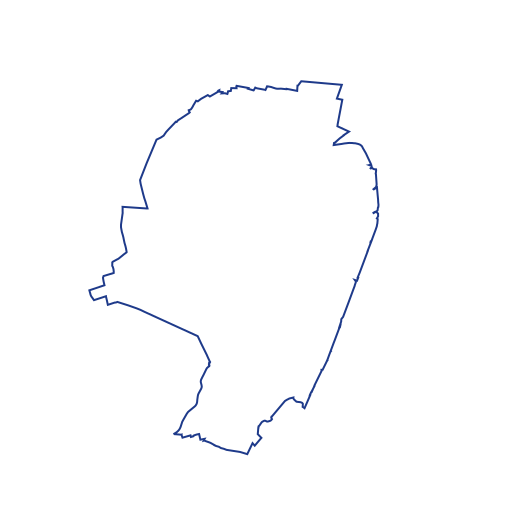 the district of Oisterwijk, Noord-Brabant, Netherlands, rotated 148°
{"feature_id": "6326949B32251552675078", "entity_name": "Oisterwijk", "entity_type": "district", "adm_level": 2, "iso_a3": "NLD", "parent_name": "Netherlands", "parent_adm1": "Noord-Brabant", "projection": "equal_earth", "projection_center": [5.215, 51.566], "detail": "fine", "context": "isolated", "style": "outline", "palette": "blue", "viewbox_px": 512, "rotation_deg": 148, "n_neighbors": 0, "source": "geoboundaries", "source_scale": "gbopen_adm2", "svg_char_len": 5785}
<svg xmlns="http://www.w3.org/2000/svg" viewBox="0 0 512 512"><g transform="rotate(148 256 256)"><path d="M397.7,127.0L397.6,126.9L397.3,126.4L396.4,125.2L394.7,123.1L393.6,121.6L390.9,116.7L391.0,116.7L390.6,116.1L388.6,113.9L387.5,111.7L385.5,109.6L383.7,107.2L373.5,98.4L372.6,97.4L370.4,94.9L368.4,92.6L358.1,99.1L357.6,95.8L349.2,98.5L347.8,98.9L348.9,104.0L345.0,109.2L344.9,109.1L344.2,109.9L343.9,110.3L343.2,110.3L339.5,111.9L338.6,112.1L337.0,112.0L336.2,111.9L335.9,111.7L335.6,111.5L335.3,111.2L334.5,109.9L334.3,109.7L333.8,109.4L333.2,109.2L331.7,108.8L331.2,108.7L330.4,108.7L329.7,108.9L328.9,109.2L328.8,110.5L328.7,110.5L328.6,110.8L328.4,111.1L328.1,111.5L327.9,111.6L327.5,111.5L308.3,117.7L306.0,117.7L304.0,117.5L303.3,117.5L299.3,116.2L299.8,115.6L299.8,115.0L299.7,113.9L298.9,111.0L298.6,110.8L298.2,110.4L295.8,108.5L295.0,107.5L294.7,107.0L294.6,106.4L294.6,105.8L295.1,105.1L296.4,103.3L296.0,102.6L295.5,101.2L284.0,109.1L284.3,109.3L284.1,109.5L281.5,111.2L281.3,111.0L281.1,111.0L280.8,111.2L279.3,112.2L279.4,112.3L275.7,114.5L275.8,114.6L275.4,114.9L274.8,115.4L274.3,115.7L261.6,123.6L261.4,123.7L261.1,124.1L261.0,124.4L261.0,124.5L260.8,124.8L260.2,124.4L259.8,124.2L253.2,128.3L251.8,129.2L251.3,129.4L251.4,129.5L250.2,130.3L245.6,133.9L243.7,135.3L243.4,135.4L243.5,135.5L235.7,141.5L234.2,142.6L223.0,151.2L222.9,151.1L222.4,151.5L222.3,151.4L221.9,151.8L221.5,152.2L222.2,152.2L219.1,154.8L218.5,155.3L217.3,157.0L217.0,157.3L214.4,158.2L201.2,168.3L191.0,176.2L188.1,178.4L187.9,178.7L185.2,180.9L184.8,181.7L184.9,183.3L183.4,181.5L180.9,183.4L181.3,183.8L176.8,187.0L158.7,200.9L158.8,201.0L157.9,201.7L150.3,207.4L151.1,207.5L150.9,207.7L150.1,207.6L140.6,214.9L138.5,216.6L137.8,217.2L136.4,218.8L136.0,219.1L134.7,220.8L133.5,222.4L133.3,222.7L133.2,223.0L133.6,223.8L131.4,225.0L130.0,227.3L130.6,229.8L131.1,230.0L133.5,230.1L133.5,230.4L131.9,230.4L130.1,230.0L129.3,230.1L128.7,230.3L126.8,232.6L126.3,232.7L125.0,234.5L123.9,236.8L122.5,239.3L120.3,243.7L117.1,250.0L120.8,250.1L120.9,250.4L119.5,250.6L117.4,250.9L117.1,251.4L116.4,252.0L115.7,252.9L110.9,261.9L110.9,262.2L110.8,262.3L110.7,262.6L110.6,262.8L110.4,262.9L110.1,263.2L108.6,265.2L108.3,265.9L109.6,266.8L110.1,267.4L110.5,268.1L110.7,268.7L110.8,269.5L111.5,269.4L112.2,269.4L112.3,269.7L111.9,269.8L110.5,270.6L110.1,271.9L110.9,272.5L111.5,272.7L111.8,273.1L111.0,272.8L109.8,273.2L109.7,273.8L109.1,279.0L108.4,284.7L108.2,290.7L108.0,292.9L108.2,293.6L108.3,294.1L108.7,295.1L109.2,295.9L110.1,297.0L112.1,299.0L113.4,299.9L114.5,300.8L116.6,302.2L117.8,302.9L119.1,303.5L121.6,304.7L123.9,305.6L131.3,308.9L129.9,310.5L129.4,310.3L128.0,310.5L128.0,310.4L125.6,310.9L122.5,311.4L120.2,311.6L117.6,311.8L117.6,312.0L111.2,312.2L118.2,322.9L116.9,324.5L100.0,342.8L104.0,346.6L92.5,355.7L125.0,380.2L130.5,378.1L130.7,378.3L133.6,374.2L138.7,379.0L141.4,381.5L141.6,381.2L141.8,381.3L145.9,384.5L149.5,386.7L150.2,387.3L150.6,387.7L151.9,389.2L153.6,391.3L156.2,393.7L156.4,393.8L156.5,393.7L156.8,394.0L158.7,392.6L159.2,392.3L159.5,392.1L160.0,391.8L160.2,392.1L166.1,397.5L166.6,398.0L167.0,398.6L167.4,399.2L170.2,397.7L170.3,397.7L174.2,402.1L173.4,402.5L182.3,410.6L182.7,410.3L182.8,410.2L182.7,409.9L182.8,409.8L183.0,409.5L183.4,409.3L183.4,409.2L183.5,408.8L183.6,408.6L188.0,411.5L189.9,409.3L192.4,410.5L193.8,409.1L194.4,408.6L196.1,410.5L198.8,412.0L198.5,412.1L197.5,412.8L199.8,414.6L199.6,415.0L200.0,415.5L199.9,415.7L199.6,415.9L199.4,416.1L200.3,416.2L201.2,415.9L201.4,415.4L210.6,415.7L211.6,418.0L219.2,418.4L223.4,418.0L224.5,419.4L229.6,416.8L229.8,416.6L230.0,416.5L231.5,415.7L232.9,415.1L233.5,414.9L234.1,414.9L235.8,415.3L236.0,414.8L236.1,413.9L236.1,412.9L237.4,412.7L250.4,412.4L252.3,411.7L252.9,412.4L254.9,411.8L263.2,409.7L266.4,408.8L269.2,407.6L270.5,407.0L274.0,406.9L278.7,407.4L299.5,392.7L314.1,381.8L315.4,378.8L315.8,377.7L318.8,368.5L320.1,364.2L320.9,360.8L322.8,353.8L323.2,354.0L343.1,368.4L343.3,368.0L345.8,364.0L346.3,363.1L347.0,362.3L353.8,354.2L354.5,353.1L355.2,352.0L355.7,350.8L357.0,347.5L357.9,344.3L358.6,342.1L359.8,338.9L360.6,336.7L361.4,333.8L362.2,331.4L363.6,327.9L363.8,327.7L367.5,327.4L368.8,327.2L373.8,326.6L375.1,326.6L375.3,326.7L380.6,327.0L381.0,326.9L381.4,326.6L381.7,326.0L383.1,323.9L383.2,323.3L383.2,322.6L383.4,321.9L383.8,320.5L384.2,319.6L385.0,318.0L385.7,317.0L395.9,319.8L397.1,318.8L397.2,318.7L397.3,318.6L398.0,317.0L398.8,315.0L400.0,311.5L415.5,315.2L416.6,311.5L416.8,311.0L417.0,309.9L417.1,308.7L417.0,308.2L416.8,304.4L404.6,301.4L404.7,301.2L406.0,297.3L407.2,294.0L407.5,293.1L400.6,291.4L400.3,291.3L399.5,290.8L397.9,290.5L390.5,281.8L385.0,274.9L382.5,271.5L380.0,267.5L347.9,218.9L348.9,210.6L350.2,197.6L350.3,197.3L351.1,191.2L351.1,190.4L351.6,190.1L351.8,190.4L351.9,190.5L352.1,190.5L352.4,190.2L352.4,189.9L352.6,189.7L352.9,189.5L353.1,189.4L353.2,189.1L353.4,188.9L353.3,188.4L353.4,188.0L353.6,187.9L353.9,187.9L354.1,187.8L354.1,187.7L354.2,187.3L355.1,187.3L356.2,187.1L356.8,187.0L357.9,186.5L363.8,182.8L365.7,181.7L368.1,180.2L368.5,179.8L369.0,179.3L369.5,178.6L369.8,177.9L370.6,175.3L370.9,174.7L371.2,174.0L371.8,173.3L372.8,172.5L377.6,169.8L378.8,168.9L379.8,167.8L381.8,165.4L383.3,163.4L384.3,162.4L385.0,161.9L385.8,161.5L386.4,161.2L387.6,160.9L391.4,160.4L395.2,159.9L396.4,159.7L397.3,159.3L398.1,159.0L403.9,155.9L406.4,154.5L407.1,153.9L410.3,151.2L411.1,150.6L411.6,150.3L412.8,149.6L413.6,149.3L414.9,148.9L415.6,148.8L416.5,148.6L419.5,148.6L419.5,148.1L414.1,144.1L413.7,144.0L413.9,143.7L414.1,143.1L414.6,140.9L406.6,138.6L407.1,137.0L404.6,136.3L404.2,136.7L403.6,136.7L401.1,136.1L398.6,135.2L400.5,129.7L396.5,128.2L397.6,127.6L397.6,127.4L398.1,127.1L397.7,127.0Z" fill="none" stroke="#1e3a8a" stroke-width="2"/></g></svg>